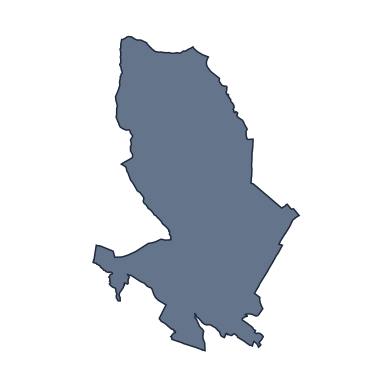 Cosula, Botosani, Romania (Equal Earth projection), rotated 175°
{"feature_id": "2599482B64226184925060", "entity_name": "Cosula", "entity_type": "district", "adm_level": 2, "iso_a3": "ROU", "parent_name": "Romania", "parent_adm1": "Botosani", "projection": "equal_earth", "projection_center": [26.776, 47.6], "detail": "fine", "context": "isolated", "style": "filled", "palette": "slate", "viewbox_px": 384, "rotation_deg": 175, "n_neighbors": 0, "source": "geoboundaries", "source_scale": "gbopen_adm2", "svg_char_len": 5970}
<svg xmlns="http://www.w3.org/2000/svg" viewBox="0 0 384 384"><g transform="rotate(175 192 192)"><path d="M260.0,225.9L256.4,223.3L255.5,222.1L255.0,218.1L254.2,216.9L252.5,210.4L251.9,208.9L250.1,206.1L246.4,198.0L243.8,195.9L240.5,190.7L240.7,189.0L241.4,187.3L241.0,185.4L238.9,183.2L237.8,181.3L237.3,180.0L236.8,179.2L234.9,178.0L234.5,177.2L232.6,174.7L231.7,172.6L231.2,172.4L230.9,172.0L230.4,171.9L229.7,171.3L229.3,170.5L227.6,168.3L227.1,168.0L225.1,165.2L224.2,163.0L220.8,159.5L219.5,157.9L218.2,155.6L218.5,155.4L218.4,154.8L217.9,154.6L217.9,153.2L218.1,152.2L218.1,151.4L217.0,149.9L217.1,147.8L217.4,147.2L217.1,146.4L217.9,146.2L223.1,146.4L226.1,147.5L227.2,147.6L232.6,145.6L237.1,144.7L239.5,144.7L240.3,144.4L253.3,137.6L261.4,134.7L266.1,133.6L268.0,133.4L274.6,133.7L275.6,139.4L275.9,140.0L287.8,146.1L289.4,146.6L290.7,146.7L292.0,147.3L295.4,133.6L295.6,133.3L295.4,133.3L296.7,130.6L295.9,130.0L293.5,129.3L293.1,128.3L291.6,127.6L291.1,127.1L290.2,126.6L289.4,124.8L287.4,123.0L286.8,121.8L285.1,121.1L284.7,120.3L284.4,120.1L282.4,119.2L280.1,119.4L279.1,118.9L278.4,118.1L278.4,117.6L278.9,117.2L279.7,117.0L280.5,117.1L281.3,115.4L282.3,114.4L281.7,113.8L281.3,112.8L281.6,110.9L282.0,110.2L281.2,109.4L281.5,108.2L281.8,107.8L282.3,107.6L281.4,106.1L279.7,104.4L276.6,102.7L276.3,98.5L275.8,97.5L275.8,97.1L276.2,95.6L276.5,95.3L276.6,93.1L276.1,92.5L275.6,90.9L275.2,90.3L274.6,89.9L273.0,89.8L272.8,93.3L273.5,94.7L273.3,96.8L272.6,98.3L270.8,100.2L269.7,101.8L268.9,102.6L268.1,104.3L267.5,104.9L267.4,105.2L267.8,105.6L267.0,107.2L264.3,105.9L263.5,106.5L263.5,108.4L263.2,110.6L262.4,111.7L262.1,112.5L262.1,113.1L263.2,115.2L259.5,113.9L251.4,107.5L247.3,105.2L245.3,102.6L244.2,101.6L240.9,99.8L240.4,99.0L238.9,93.3L237.5,90.0L234.9,87.0L227.7,81.8L235.6,69.0L235.5,68.2L235.0,67.9L234.4,66.5L233.7,65.7L230.4,63.5L224.8,57.6L224.0,57.1L222.6,56.7L222.3,55.4L222.0,55.0L220.9,54.8L220.7,53.8L220.8,53.4L222.3,53.1L224.1,51.6L225.0,50.2L225.8,49.8L224.8,48.7L224.7,48.1L225.0,47.8L224.8,46.9L215.1,42.7L213.9,41.9L202.3,37.1L195.5,33.9L195.6,33.7L192.8,32.8L192.5,40.3L193.6,44.1L193.8,47.2L193.6,48.6L193.2,48.9L193.4,50.7L192.6,51.5L192.5,52.2L192.7,52.9L194.0,54.9L195.4,56.3L196.2,57.7L198.7,64.8L200.1,66.6L200.1,67.0L199.5,68.1L199.5,69.1L199.7,70.3L198.9,69.8L199.2,69.3L199.1,69.1L197.8,66.6L196.3,65.6L194.8,63.4L193.9,62.6L193.9,61.9L193.6,61.5L191.1,59.2L189.0,58.3L186.1,58.3L185.5,58.2L180.1,54.4L179.5,53.4L178.9,52.9L178.1,51.5L176.8,50.5L175.9,46.7L175.0,45.6L172.5,44.1L172.2,44.3L171.8,45.5L171.3,45.9L171.3,46.3L171.0,46.9L171.1,47.3L171.0,47.5L170.6,47.8L170.3,47.6L169.9,48.1L169.4,48.1L169.2,47.8L169.0,46.8L168.3,46.9L165.6,45.6L164.5,45.8L163.0,47.1L162.4,47.2L161.3,46.1L159.9,45.3L159.1,43.2L153.6,39.3L151.3,37.3L150.1,36.1L148.9,35.3L147.9,34.2L146.4,34.1L145.2,33.3L144.1,36.5L143.3,37.7L142.0,36.6L140.2,34.4L139.3,31.6L137.3,33.0L136.9,33.5L136.8,33.9L138.4,36.0L135.2,39.3L134.2,41.0L133.6,41.5L133.7,42.0L134.8,43.6L136.6,45.2L138.9,45.7L140.1,45.3L141.7,46.5L141.9,46.8L141.8,47.2L140.9,48.0L140.8,48.5L142.6,49.7L142.9,50.3L143.2,51.3L144.7,53.0L146.2,54.2L148.6,56.6L150.6,58.1L152.9,60.0L153.1,60.4L153.0,61.4L151.3,62.3L150.6,62.9L147.8,63.4L147.8,63.8L149.6,65.1L149.4,65.4L147.9,65.7L144.6,65.5L141.9,64.4L139.0,62.8L137.2,63.3L136.5,63.7L131.6,69.6L131.8,69.9L133.1,73.5L133.7,76.1L134.0,78.7L133.6,81.1L138.6,85.6L133.5,92.7L132.8,94.3L123.4,106.8L121.5,109.8L117.2,115.7L117.3,115.8L116.7,116.4L113.6,121.2L111.5,123.6L106.6,131.1L109.9,132.4L108.6,134.5L108.5,135.0L104.2,140.6L103.5,141.8L103.4,141.7L102.9,142.2L98.0,148.7L94.1,155.2L89.9,158.1L87.3,159.2L92.3,166.4L94.6,166.2L98.2,171.5L99.1,171.4L100.2,170.0L103.0,168.8L104.0,168.1L130.1,194.6L132.5,195.7L132.0,197.9L131.7,201.1L131.3,201.8L130.3,209.4L130.4,212.9L129.4,219.6L128.8,225.6L128.1,228.4L127.3,233.1L127.0,236.2L126.6,238.2L126.6,239.4L131.6,239.4L132.8,240.5L132.7,241.0L132.8,241.9L133.2,243.1L133.0,243.8L133.0,247.1L132.6,248.2L131.6,249.7L131.8,250.6L133.3,253.6L134.5,256.7L134.5,257.4L135.9,259.5L138.0,261.0L140.3,263.2L140.7,264.3L140.2,264.9L140.2,265.6L139.7,266.2L139.7,266.8L140.7,267.9L141.6,268.1L142.1,267.3L143.3,268.1L143.5,268.9L143.2,269.2L143.1,269.6L143.8,271.0L142.6,272.7L142.6,273.0L142.9,273.4L142.7,274.4L143.0,275.0L143.1,275.8L143.7,276.4L144.1,277.2L145.5,279.0L145.4,280.8L146.4,282.0L146.5,283.0L147.4,283.6L147.5,284.4L147.1,285.8L147.6,286.1L148.4,285.8L148.7,285.9L148.8,287.2L149.4,288.1L148.5,290.5L148.5,291.4L148.0,293.3L148.2,293.9L148.9,294.5L151.4,294.9L153.0,295.8L155.2,299.9L154.8,302.9L162.0,309.6L163.3,311.1L165.8,315.3L166.4,317.3L166.4,320.0L165.4,322.7L163.9,325.1L169.5,327.8L174.6,331.5L177.2,334.3L178.5,336.5L181.1,335.1L183.4,334.4L185.9,333.1L186.6,332.9L188.1,333.1L188.9,332.9L191.8,331.2L193.9,331.9L195.4,332.1L196.1,331.9L198.5,331.8L201.0,332.1L202.2,332.8L206.6,333.1L210.5,334.1L213.2,334.2L216.7,335.3L217.5,336.3L218.9,337.4L222.5,341.7L223.8,343.4L224.1,344.5L229.6,347.8L233.6,348.2L235.4,349.2L238.5,351.7L241.4,352.4L243.6,352.0L244.3,351.4L247.3,350.0L248.1,349.9L248.8,350.1L250.1,345.2L250.5,341.3L251.0,341.1L251.2,340.3L250.9,338.4L251.0,335.6L250.8,335.1L251.6,333.0L251.4,329.1L251.8,327.7L251.6,327.1L251.8,326.5L252.7,325.8L252.9,325.3L252.7,324.3L252.0,323.0L251.7,319.6L251.1,317.9L251.1,316.9L251.2,316.5L252.2,315.7L252.7,313.9L253.5,313.1L253.4,312.4L253.8,310.5L254.6,308.1L254.6,304.6L256.8,299.4L259.9,293.5L259.8,289.9L259.4,287.9L258.9,284.1L259.6,282.3L259.9,280.6L260.4,275.3L261.1,273.3L259.6,268.3L259.0,266.8L258.8,265.4L257.9,263.1L255.8,261.3L253.2,259.9L252.0,259.4L249.9,259.4L249.0,259.2L248.3,258.2L248.4,257.2L248.0,256.0L246.9,254.4L246.4,253.2L246.5,252.2L248.8,249.2L248.4,247.3L248.3,244.8L248.4,244.2L249.4,242.5L249.2,241.2L249.5,241.2L249.5,239.9L249.7,238.5L248.1,234.9L247.9,233.9L248.0,233.1L248.5,231.6L248.9,231.1L258.5,226.8L260.0,225.9Z" fill="#64748b" stroke="#1e293b" stroke-width="1.5"/></g></svg>